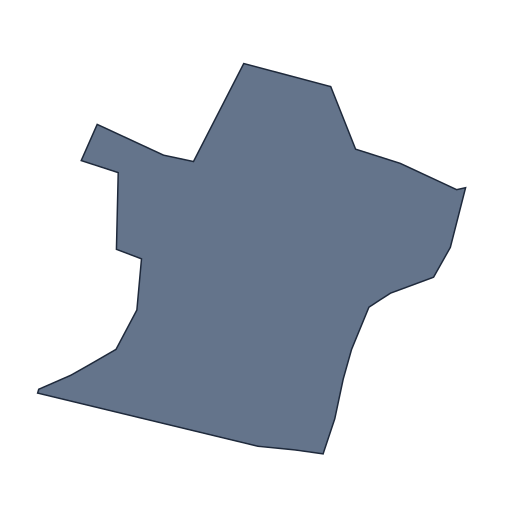 Gyeyang-gu, Gyeonggi, South Korea, rotated 12°
{"feature_id": "91817680B94833670639499", "entity_name": "Gyeyang-gu", "entity_type": "district", "adm_level": 2, "iso_a3": "KOR", "parent_name": "South Korea", "parent_adm1": "Gyeonggi", "projection": "albers", "projection_center": [126.738, 37.552], "detail": "fine", "context": "isolated", "style": "filled", "palette": "slate", "viewbox_px": 512, "rotation_deg": 12, "n_neighbors": 0, "source": "geoboundaries", "source_scale": "gbopen_adm2", "svg_char_len": 546}
<svg xmlns="http://www.w3.org/2000/svg" viewBox="0 0 512 512"><g transform="rotate(12 256 256)"><path d="M204.0,70.3L175.2,176.6L144.7,176.6L73.3,160.3L65.2,199.0L103.9,203.1L118.1,278.5L144.6,282.6L150.7,333.6L138.5,376.4L118.1,394.8L99.7,411.1L71.2,431.5L70.9,435.5L297.6,441.7L334.3,437.6L362.8,435.6L362.8,435.3L366.9,398.9L366.9,358.1L368.9,327.5L377.1,282.6L386.2,273.4L395.4,264.3L434.1,239.8L444.3,207.2L446.8,145.6L438.5,149.4L377.8,135.4L331.2,130.8L293.9,74.8L204.0,70.3Z" fill="#64748b" stroke="#1e293b" stroke-width="1.5"/></g></svg>